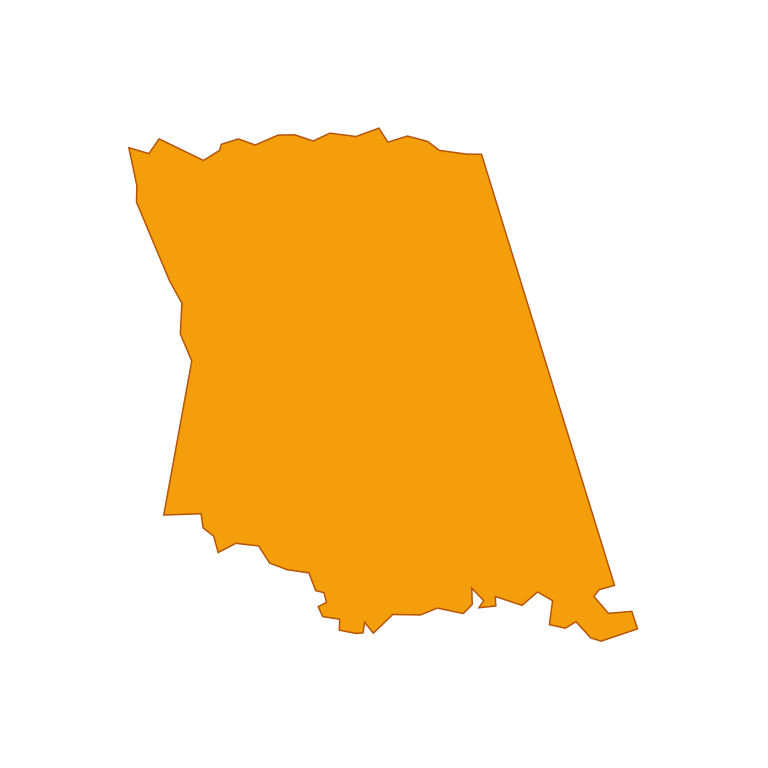 outline of Leon, Texas, United States of America, rotated 101°
{"feature_id": "52423323B32398895201359", "entity_name": "Leon", "entity_type": "district", "adm_level": 2, "iso_a3": "USA", "parent_name": "United States of America", "parent_adm1": "Texas", "projection": "mercator", "projection_center": [-95.92, 31.314], "detail": "fine", "context": "isolated", "style": "filled", "palette": "amber", "viewbox_px": 768, "rotation_deg": 101, "n_neighbors": 0, "source": "geoboundaries", "source_scale": "gbopen_adm2", "svg_char_len": 1057}
<svg xmlns="http://www.w3.org/2000/svg" viewBox="0 0 768 768"><g transform="rotate(101 384 384)"><path d="M142.6,346.8L144.1,374.3L137.6,387.2L136.1,408.3L145.9,426.3L133.8,437.8L146.4,458.7L148.1,485.0L159.0,499.9L156.4,519.0L159.9,535.5L174.0,556.0L171.2,573.6L179.7,589.4L186.1,590.0L199.0,603.9L186.3,651.5L202.7,658.8L200.7,679.6L236.3,664.5L252.7,661.7L323.6,614.2L343.3,597.8L373.7,593.5L398.1,577.1L554.6,575.2L546.3,538.8L559.8,534.1L565.8,522.2L581.1,514.6L568.7,499.1L566.9,476.2L581.7,462.0L584.8,443.4L583.7,421.6L599.9,411.7L600.3,403.1L609.3,398.8L615.1,406.1L624.0,399.8L623.4,382.6L634.2,380.9L634.2,364.0L632.3,357.1L621.6,357.5L630.6,346.9L608.6,331.4L603.7,304.0L593.8,289.0L594.2,262.4L583.5,255.3L567.7,258.9L577.6,244.8L585.5,248.1L580.6,231.9L571.4,234.2L573.3,219.0L575.0,206.3L558.9,193.6L564.5,177.2L588.7,175.7L589.1,159.3L580.7,150.2L593.8,132.6L595.0,121.8L576.0,88.4L559.9,97.4L566.3,119.9L552.5,137.5L544.8,133.4L537.6,119.3L203.9,297.9L139.9,332.1L142.6,346.8Z" fill="#f59e0b" stroke="#b45309" stroke-width="1.5"/></g></svg>